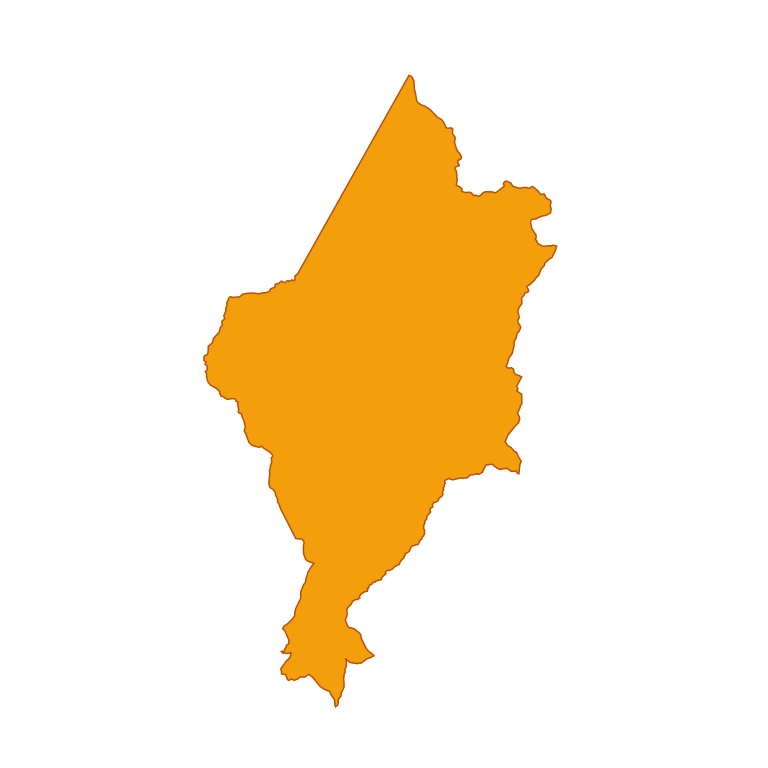 Toledo, Norte de Santander, Colombia, rotated 239°
{"feature_id": "7082276B12986735978418", "entity_name": "Toledo", "entity_type": "district", "adm_level": 2, "iso_a3": "COL", "parent_name": "Colombia", "parent_adm1": "Norte de Santander", "projection": "orthographic", "projection_center": [-72.39, 7.233], "detail": "fine", "context": "isolated", "style": "filled", "palette": "amber", "viewbox_px": 768, "rotation_deg": 239, "n_neighbors": 0, "source": "geoboundaries", "source_scale": "gbopen_adm2", "svg_char_len": 6171}
<svg xmlns="http://www.w3.org/2000/svg" viewBox="0 0 768 768"><g transform="rotate(239 384 384)"><path d="M635.7,564.4L522.9,366.7L522.5,363.4L519.1,361.4L519.2,359.7L520.7,358.6L520.8,355.7L522.1,355.0L522.4,354.3L521.8,351.6L522.6,350.4L524.3,349.6L525.2,348.5L524.3,345.3L525.2,343.8L525.3,341.9L523.2,340.2L524.0,335.9L522.8,334.1L522.6,331.2L524.4,327.4L525.9,323.0L529.6,318.4L532.5,312.7L533.8,308.9L533.0,305.3L536.0,299.1L537.6,297.8L538.0,296.0L534.3,290.8L531.7,289.5L530.9,287.9L527.9,285.8L525.0,281.9L521.9,280.9L521.4,277.5L519.7,276.4L518.1,276.2L516.7,272.8L513.4,269.5L510.9,261.3L507.6,257.8L506.9,252.9L501.2,249.1L500.3,247.1L500.7,244.5L499.3,243.2L496.9,241.8L494.5,242.7L493.2,240.8L490.6,241.6L487.2,240.0L486.7,237.2L484.2,237.2L482.2,235.9L477.4,234.3L475.2,234.3L472.1,234.8L467.2,237.8L464.1,238.8L461.8,239.1L460.5,238.1L458.8,238.4L457.6,238.0L455.4,239.9L452.4,241.2L451.1,242.5L450.4,244.9L448.2,248.5L446.6,248.7L445.6,248.2L445.0,248.4L444.4,249.5L443.7,249.5L442.2,248.2L436.5,246.1L435.2,244.7L434.1,244.6L431.9,246.4L431.1,246.4L429.6,245.6L424.8,245.0L418.8,243.1L415.8,240.1L412.4,239.9L403.9,238.2L399.6,239.2L397.4,241.1L393.9,244.5L393.7,247.3L391.8,247.4L385.7,250.5L382.4,251.6L380.3,251.8L379.3,251.3L378.8,249.4L374.9,247.5L372.3,244.4L370.7,243.5L368.8,241.2L366.1,240.0L358.4,234.3L354.6,233.0L353.6,233.1L350.6,234.7L347.5,235.0L344.0,233.7L341.6,233.7L338.8,232.9L337.6,231.9L335.7,232.2L330.5,231.1L296.9,228.8L293.2,233.9L289.7,234.2L286.6,231.5L281.6,228.5L279.7,227.6L273.9,226.5L271.2,227.6L266.2,231.7L265.2,228.3L261.6,221.6L258.5,218.6L258.2,217.7L254.3,214.3L253.4,211.7L248.7,205.7L243.1,202.1L237.4,193.3L234.3,190.0L231.2,187.9L229.8,184.7L228.1,177.5L228.0,173.8L226.4,171.1L223.0,172.0L215.8,170.8L213.4,170.8L212.9,170.0L210.4,168.5L210.3,165.8L209.0,164.9L208.0,162.5L206.7,161.3L206.5,160.4L207.6,158.9L207.6,158.2L205.0,158.8L205.0,160.1L203.4,161.3L201.3,165.8L198.4,163.0L197.1,159.5L197.1,158.1L193.3,149.3L192.6,148.5L190.0,148.0L188.3,146.8L185.5,150.1L180.5,149.0L179.1,149.6L178.6,153.2L176.9,153.8L176.1,154.8L175.6,158.8L176.2,161.2L173.5,165.1L173.9,169.0L173.4,170.6L172.0,170.6L169.4,171.8L157.6,173.5L153.2,175.5L148.5,179.0L144.1,178.5L138.8,179.0L134.3,176.6L132.3,176.2L132.5,178.6L134.4,180.6L137.2,182.3L138.5,186.1L139.6,187.3L141.4,188.2L141.8,189.4L145.0,193.9L153.1,198.2L153.9,199.1L155.2,199.7L157.1,202.5L158.9,203.1L161.8,206.6L166.1,209.1L168.0,209.4L167.6,210.0L164.0,210.9L162.2,212.0L157.9,217.4L157.4,219.9L156.7,220.2L156.5,221.4L157.3,228.0L156.5,231.1L156.2,235.5L158.9,234.9L162.7,233.2L166.4,232.6L176.8,233.4L181.0,234.8L183.0,234.8L189.6,232.4L190.0,231.6L192.1,230.3L192.5,229.1L194.5,228.3L198.8,228.7L202.2,229.6L203.5,231.9L205.9,234.1L209.3,235.6L210.9,237.6L212.0,242.0L212.9,243.9L214.0,244.9L213.9,248.7L212.7,250.6L213.3,252.1L213.1,253.1L214.8,253.9L215.9,256.4L215.7,258.8L216.1,259.6L215.0,263.0L216.4,264.4L217.5,264.6L217.2,265.9L218.1,266.4L219.1,268.9L218.6,270.1L219.5,272.2L218.8,274.7L219.2,275.8L217.7,281.0L219.0,282.0L219.7,283.9L220.3,287.9L221.1,287.8L222.2,288.4L222.7,290.2L221.4,293.0L221.0,295.7L221.9,299.4L221.5,304.5L222.5,305.1L223.9,307.9L224.7,311.5L226.0,312.6L226.4,314.1L227.7,315.0L227.3,317.1L227.7,319.7L230.2,323.1L230.5,325.3L229.0,330.7L230.4,333.2L231.3,333.7L231.8,336.7L233.2,337.9L233.3,339.7L234.3,340.6L234.9,341.9L236.1,342.2L237.3,343.4L239.8,343.6L242.4,345.3L243.8,347.4L245.4,348.3L246.4,351.3L248.5,352.5L250.1,357.8L252.9,358.7L253.5,360.3L253.4,362.3L255.7,363.4L256.6,365.2L255.9,369.8L257.9,372.9L257.7,374.8L258.8,377.6L261.1,378.4L263.0,380.9L264.7,381.3L265.0,382.8L266.2,383.6L267.5,385.5L269.5,385.7L270.1,386.7L269.6,391.1L268.3,391.7L266.4,393.6L264.2,400.8L263.5,402.2L262.3,403.1L261.7,405.2L260.7,406.5L261.6,411.6L260.0,414.2L259.7,416.4L257.8,418.7L257.6,422.6L259.3,425.4L260.1,426.0L260.5,427.4L262.1,429.4L262.3,430.3L261.1,431.0L260.6,433.5L258.9,435.9L256.5,436.3L251.4,438.9L248.3,446.1L243.5,448.1L241.3,452.5L238.8,452.2L237.6,453.4L245.0,459.0L246.4,461.2L247.5,461.8L253.6,461.8L257.2,462.4L259.2,461.1L264.3,460.1L267.5,458.3L272.1,458.1L276.3,463.7L280.2,474.2L281.5,479.4L284.0,482.2L286.1,483.1L290.2,483.4L293.5,488.2L295.0,489.6L296.0,491.9L304.3,496.7L309.6,494.3L310.1,494.5L310.1,495.6L311.0,496.2L313.7,496.5L319.1,505.6L321.5,504.3L323.8,502.2L325.6,501.4L327.3,501.3L329.0,502.4L330.6,502.5L332.4,501.5L333.4,498.8L335.3,497.9L336.4,497.9L338.1,500.6L342.0,504.4L343.7,509.0L349.6,515.1L353.5,517.6L355.4,521.1L358.9,524.3L359.3,526.4L361.7,529.9L363.1,530.7L366.7,530.5L368.9,531.0L370.1,531.7L370.5,533.1L371.4,534.2L377.5,536.3L380.4,539.6L381.4,542.8L382.4,544.0L386.9,546.1L387.8,549.6L389.5,551.8L388.6,554.5L388.9,555.5L390.7,556.4L393.5,556.4L394.3,557.2L394.0,559.8L394.3,561.5L395.4,566.4L397.0,569.8L397.2,572.0L401.7,578.1L403.1,582.8L404.6,583.6L406.2,590.8L405.8,592.8L409.5,598.8L413.3,603.1L415.9,600.4L416.3,597.9L417.4,597.0L419.6,592.1L420.9,590.7L425.4,588.1L428.4,588.7L430.0,588.1L431.2,589.9L433.4,591.0L440.7,590.7L446.5,592.6L448.2,593.6L448.9,595.8L447.1,599.4L447.3,601.6L446.4,606.5L445.2,609.3L444.8,614.8L448.1,617.5L451.1,618.3L454.4,621.2L456.7,620.8L459.4,619.0L464.4,619.2L465.4,616.7L466.5,615.7L470.0,615.5L476.6,613.2L477.0,612.6L477.0,608.9L479.1,607.4L480.6,604.7L481.6,601.8L483.9,598.9L487.4,596.3L491.2,596.1L495.1,593.3L495.2,591.5L494.6,589.9L493.6,589.2L492.3,589.4L491.7,588.9L490.4,579.2L490.8,577.5L493.1,575.5L496.7,569.6L496.9,567.1L495.9,563.6L496.0,561.8L498.2,560.3L499.1,558.4L500.5,557.7L502.8,557.3L504.1,556.4L506.3,552.3L508.6,550.2L509.5,549.9L510.8,551.3L513.1,551.0L516.6,548.5L518.0,548.8L521.2,552.0L524.4,553.2L525.5,554.1L529.2,555.6L531.6,555.7L532.9,556.3L533.1,557.1L532.5,560.9L533.5,561.4L535.5,561.1L536.6,561.7L537.4,562.9L537.3,566.1L538.9,567.5L542.4,567.6L546.4,566.9L553.7,568.5L555.4,569.3L558.4,572.0L563.4,571.6L567.3,574.3L568.9,573.6L570.4,570.3L571.7,569.3L577.1,570.0L580.8,569.6L585.3,567.1L595.3,564.9L601.3,561.9L604.7,559.3L607.9,557.9L610.0,557.9L616.4,560.5L621.1,561.9L628.2,565.7L632.7,566.1L634.0,565.7L635.7,564.4Z" fill="#f59e0b" stroke="#b45309" stroke-width="1.5"/></g></svg>